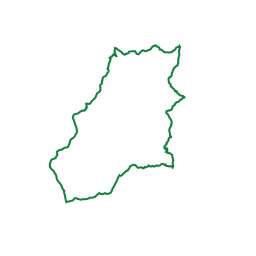 the district of Vintileasca, Vrancea, Romania, rotated 308°
{"feature_id": "2599482B81122424257494", "entity_name": "Vintileasca", "entity_type": "district", "adm_level": 2, "iso_a3": "ROU", "parent_name": "Romania", "parent_adm1": "Vrancea", "projection": "orthographic", "projection_center": [26.718, 45.626], "detail": "fine", "context": "isolated", "style": "outline", "palette": "green", "viewbox_px": 256, "rotation_deg": 308, "n_neighbors": 0, "source": "geoboundaries", "source_scale": "gbopen_adm2", "svg_char_len": 5835}
<svg xmlns="http://www.w3.org/2000/svg" viewBox="0 0 256 256"><g transform="rotate(308 128 128)"><path d="M124.2,187.5L125.1,187.3L125.7,187.3L125.8,187.0L125.7,186.8L126.6,186.2L127.1,185.5L128.3,184.5L130.2,183.8L131.6,181.9L133.9,179.4L133.8,176.2L132.7,174.6L132.8,173.4L132.6,172.6L133.5,172.6L133.9,173.3L135.1,172.3L134.6,171.7L134.5,170.3L135.6,170.7L134.9,168.8L135.0,168.6L135.5,168.2L136.8,168.1L137.5,168.4L138.9,167.9L139.3,168.2L140.0,167.6L140.4,167.7L143.3,167.5L143.5,167.4L143.9,166.9L144.5,166.6L145.3,166.5L146.6,167.1L146.8,167.0L147.4,167.5L147.7,167.3L147.6,167.0L147.8,166.3L147.7,165.9L148.9,165.1L151.4,162.0L152.3,161.5L152.8,161.3L156.7,160.5L156.8,160.2L157.0,160.0L157.6,160.0L157.8,159.7L158.7,159.5L160.4,157.8L160.5,157.7L160.6,157.4L161.1,156.6L161.2,156.0L161.5,155.3L161.8,153.9L162.4,153.1L162.8,151.8L163.2,151.3L163.4,150.8L163.4,150.6L163.2,150.0L163.5,149.0L163.5,148.7L164.0,148.6L164.3,148.3L165.0,148.0L166.2,148.9L167.0,149.2L167.2,149.4L167.2,149.8L167.2,150.0L168.3,150.6L169.1,150.9L169.6,150.7L170.1,150.9L170.5,150.6L171.4,150.4L172.6,149.8L173.5,150.2L174.8,150.6L175.0,150.6L175.7,150.1L176.5,150.5L177.5,150.2L178.1,150.2L178.4,150.5L179.0,151.3L179.4,151.5L180.7,151.8L182.7,151.8L183.3,152.5L183.7,152.6L185.1,152.6L186.1,153.1L186.3,153.5L186.6,153.5L186.9,153.6L187.1,152.6L187.1,151.8L186.2,149.9L185.8,148.9L185.7,148.4L185.8,147.7L186.1,147.0L186.0,144.9L186.9,143.6L186.1,142.9L185.9,142.5L186.4,142.1L186.6,141.6L186.7,140.5L187.0,139.1L186.9,138.3L187.3,137.2L187.1,136.4L187.1,136.1L187.3,135.7L188.1,135.2L188.6,134.7L188.7,134.4L188.7,132.7L189.9,131.3L191.7,129.6L192.2,129.4L192.7,129.4L193.4,129.9L193.8,130.0L194.1,130.0L194.5,129.7L195.6,130.2L195.9,130.2L196.9,129.7L198.0,128.8L198.4,128.7L199.0,128.8L200.3,128.2L201.1,128.1L202.4,127.6L203.0,127.5L203.8,127.3L204.6,127.6L205.8,127.7L206.7,128.1L207.0,128.1L207.5,128.5L207.8,128.6L208.6,128.0L210.7,127.4L211.2,126.7L211.6,126.3L212.9,125.6L213.2,125.2L213.8,124.9L217.1,123.5L218.7,122.2L218.9,121.7L219.6,121.2L220.0,120.6L220.6,120.3L221.5,120.3L224.0,119.0L224.4,118.0L223.5,118.1L221.0,116.5L219.6,116.8L218.1,116.8L216.9,116.1L216.5,115.9L215.6,116.0L215.0,115.9L212.6,113.8L212.1,113.0L212.0,112.6L210.5,110.6L210.1,109.7L210.2,108.4L210.1,107.7L210.2,106.8L210.4,106.4L210.4,106.0L209.5,105.1L209.4,104.8L209.5,104.2L210.3,103.5L210.5,102.5L210.4,101.4L209.9,100.4L210.1,98.7L207.5,97.3L205.7,97.1L203.9,97.4L203.5,97.3L202.2,96.1L200.1,95.3L199.5,94.8L199.1,94.3L198.6,92.6L198.1,91.5L194.3,91.0L192.6,91.0L191.8,89.2L192.9,86.3L191.5,84.6L190.6,83.6L190.2,83.1L188.7,81.9L187.9,81.9L187.4,82.3L185.6,81.2L185.4,80.6L183.8,80.4L183.6,80.2L183.6,79.5L183.4,78.1L183.4,77.2L183.9,76.4L183.5,72.7L183.5,69.5L183.1,68.5L180.3,70.2L179.9,70.2L179.3,71.1L178.4,72.9L177.9,73.7L177.5,74.5L177.3,74.3L177.5,73.2L177.4,72.9L177.1,72.5L177.2,71.3L176.1,71.1L174.8,71.4L174.6,71.3L174.0,70.8L173.6,70.7L172.7,71.1L172.3,70.4L172.0,70.3L171.8,70.4L171.5,71.7L171.3,72.1L170.0,72.4L169.7,72.6L169.2,72.7L168.6,73.0L167.5,73.0L166.4,73.7L165.6,74.0L165.4,74.3L163.5,75.1L162.0,75.4L162.0,76.4L161.9,76.7L161.1,77.5L160.1,78.0L158.9,77.9L156.5,78.3L155.8,78.6L154.2,77.9L153.3,77.3L151.4,77.4L149.8,78.5L149.5,78.4L148.8,78.7L148.7,78.9L147.2,79.9L146.5,80.0L144.9,79.8L144.3,79.9L143.4,80.5L143.0,81.4L142.8,81.6L141.6,82.2L141.2,82.8L139.7,83.4L136.3,82.3L131.7,83.6L126.7,83.0L124.3,83.1L123.3,82.9L121.9,80.8L121.5,80.0L121.4,80.0L120.9,80.7L120.0,81.6L119.4,82.5L119.2,82.3L118.6,82.6L118.0,82.6L117.9,83.1L117.4,83.3L117.0,83.2L116.5,82.9L116.3,82.9L116.3,83.0L115.8,83.2L115.4,82.8L115.0,82.9L114.9,82.7L114.4,82.5L113.5,81.2L113.1,81.3L111.7,80.2L110.8,80.3L109.6,79.8L108.9,79.7L108.3,79.4L106.2,77.7L105.4,77.3L104.2,77.3L102.5,77.9L102.0,78.2L101.2,79.8L99.4,82.7L98.1,84.4L96.7,86.9L95.3,88.6L93.5,90.2L93.0,90.5L92.1,90.7L90.8,90.7L89.1,91.1L88.0,91.2L86.7,91.0L84.7,90.3L83.0,90.1L82.0,90.4L80.2,91.3L76.1,92.4L74.7,91.5L73.7,90.4L73.2,90.1L70.2,89.2L69.0,87.8L65.9,86.6L63.8,88.2L63.2,89.0L62.3,89.1L61.5,89.0L60.9,89.0L59.8,89.5L58.2,88.7L57.9,88.3L57.5,88.1L57.0,87.6L56.4,87.4L55.2,87.4L51.9,88.4L50.5,89.2L50.4,89.7L49.2,90.4L49.0,91.6L48.7,92.0L48.6,92.7L48.4,94.2L48.2,96.3L48.1,96.8L47.8,97.3L47.2,97.7L47.1,99.4L46.4,100.6L44.3,103.0L43.6,104.0L42.6,107.3L42.2,109.6L41.8,110.8L40.1,113.1L39.7,114.5L39.2,116.5L38.4,116.7L37.6,117.6L37.0,118.7L36.1,119.5L36.0,120.1L34.8,121.1L32.7,123.6L31.6,125.1L32.5,125.5L34.1,127.0L37.2,129.2L37.8,129.2L39.0,129.1L39.4,129.2L40.3,129.8L40.8,130.5L41.1,131.9L41.5,132.7L42.3,134.8L42.6,135.2L44.0,136.1L46.0,138.7L48.7,140.6L49.7,141.0L50.0,141.2L51.0,142.5L51.3,143.1L52.2,143.5L53.6,144.5L53.8,144.4L59.0,145.3L58.9,145.8L59.1,146.6L59.5,147.9L60.8,149.3L62.2,149.6L63.0,151.3L63.0,152.1L63.9,152.9L65.0,153.4L65.6,153.8L66.0,153.9L66.2,154.2L68.1,154.0L71.1,153.0L73.3,152.9L80.5,151.4L83.2,150.7L83.8,150.5L85.6,150.4L85.5,151.0L85.7,151.7L87.2,152.3L89.1,152.3L90.7,152.8L92.0,152.7L92.6,153.1L93.1,153.2L93.8,153.5L93.9,153.9L94.1,154.0L94.7,153.6L96.2,153.9L97.7,153.7L98.6,153.3L99.5,153.4L100.6,154.1L102.3,154.7L102.7,155.3L102.8,156.2L103.2,156.4L103.3,156.8L102.8,159.7L102.9,160.6L103.6,161.3L104.8,162.1L105.1,162.5L105.3,163.7L105.5,164.1L105.4,164.5L105.8,165.1L106.2,165.2L107.0,165.1L107.6,165.1L107.7,165.8L108.0,166.3L108.7,166.7L109.2,166.9L109.9,167.4L111.2,167.4L111.0,168.3L111.3,168.7L111.5,169.5L111.9,169.9L113.2,170.6L113.3,170.8L113.2,171.1L113.3,171.6L113.4,171.9L113.9,172.5L116.1,173.5L116.3,173.7L116.4,174.2L116.4,174.6L117.6,175.9L118.2,176.2L119.6,176.4L120.8,177.1L121.3,177.8L121.3,179.1L121.5,179.4L122.4,180.0L122.2,180.3L121.8,180.6L121.7,181.0L121.9,182.1L122.8,183.0L122.9,184.0L123.8,184.9L124.3,185.1L124.5,185.3L124.5,186.7L124.2,187.2L124.2,187.5Z" fill="none" stroke="#15803d" stroke-width="2"/></g></svg>